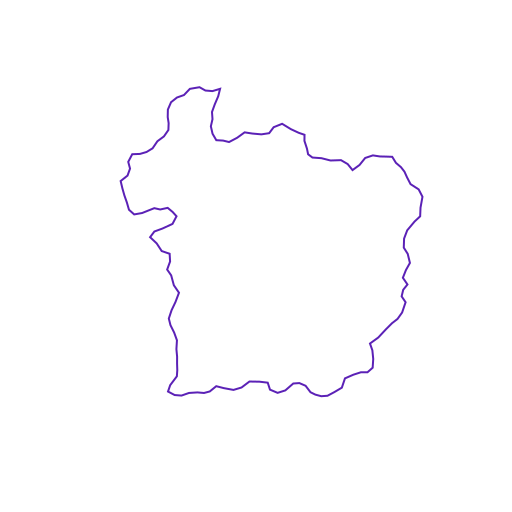 outline of Teixeiras, Minas Gerais, Brazil, rotated 217°
{"feature_id": "56859067B57599068633504", "entity_name": "Teixeiras", "entity_type": "district", "adm_level": 2, "iso_a3": "BRA", "parent_name": "Brazil", "parent_adm1": "Minas Gerais", "projection": "equal_earth", "projection_center": [-42.853, -20.627], "detail": "fine", "context": "isolated", "style": "outline", "palette": "violet", "viewbox_px": 512, "rotation_deg": 217, "n_neighbors": 0, "source": "geoboundaries", "source_scale": "gbopen_adm2", "svg_char_len": 1996}
<svg xmlns="http://www.w3.org/2000/svg" viewBox="0 0 512 512"><g transform="rotate(217 256 256)"><path d="M231.5,99.7L227.1,106.3L220.7,111.8L215.1,115.3L211.4,120.0L209.4,128.1L202.2,131.1L193.4,135.5L188.4,142.3L185.7,151.8L177.6,157.7L170.4,161.9L164.4,157.7L156.4,159.7L151.7,166.3L149.5,176.6L144.9,180.6L138.3,182.2L130.5,180.0L125.2,181.0L119.5,183.3L114.8,187.4L111.5,194.5L108.2,202.5L111.3,211.8L106.8,219.8L102.3,226.2L97.0,230.2L95.6,237.0L100.4,244.3L106.3,250.7L112.3,254.7L109.3,264.4L108.1,275.8L106.9,284.3L105.1,290.9L105.3,298.8L108.7,309.1L115.4,311.4L118.1,317.6L117.9,324.4L125.6,327.0L127.8,335.0L128.9,343.1L136.1,349.0L143.0,351.6L148.2,359.0L150.7,367.5L150.1,379.0L148.8,386.5L153.7,393.6L158.7,403.5L166.2,407.1L175.8,406.4L182.7,409.7L188.2,412.7L193.7,414.2L200.3,414.6L206.9,417.2L211.9,413.7L216.9,410.1L223.2,406.7L227.8,400.0L228.1,391.0L230.6,382.7L238.1,384.6L245.8,383.7L254.0,377.1L262.6,373.5L270.2,368.6L275.6,368.6L279.9,372.4L286.6,377.1L290.2,382.0L296.0,380.1L304.5,378.3L314.7,377.3L319.4,369.5L319.4,362.0L324.9,356.4L332.6,351.6L339.5,347.9L342.2,339.1L346.1,330.8L351.7,328.4L357.4,324.6L364.3,327.5L370.1,332.4L373.1,339.1L377.8,344.5L380.2,352.3L382.3,360.8L385.3,367.9L390.0,361.5L396.0,357.7L402.7,356.8L409.4,349.7L410.4,341.2L414.5,335.0L416.4,327.7L414.5,319.9L410.1,313.8L405.7,309.5L401.8,303.9L401.5,296.1L403.8,288.3L403.4,279.8L406.0,273.2L410.1,267.7L416.1,262.8L414.7,254.3L409.2,250.0L407.0,242.9L409.2,234.4L403.4,229.6L397.6,225.2L391.3,221.0L385.3,216.5L378.3,215.9L372.8,221.8L369.3,227.6L366.0,233.0L360.5,235.5L355.5,241.3L349.1,241.0L343.4,239.9L342.0,231.4L347.2,221.7L351.9,214.4L351.9,207.3L342.9,206.3L334.3,203.2L326.3,205.8L321.3,199.9L318.8,191.7L312.1,189.5L304.0,183.2L295.4,180.3L292.6,170.7L290.8,161.9L288.0,153.6L282.7,149.3L275.3,145.6L268.4,141.1L263.5,133.7L258.4,128.1L254.3,122.6L250.2,117.5L246.8,112.3L246.8,101.2L244.7,94.8L237.3,96.0L231.5,99.7Z" fill="none" stroke="#5b21b6" stroke-width="2"/></g></svg>